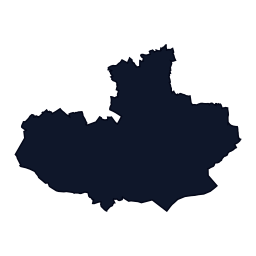 Nnewi South, Anambra, Nigeria
{"feature_id": "59680162B31350853830247", "entity_name": "Nnewi South", "entity_type": "district", "adm_level": 2, "iso_a3": "NGA", "parent_name": "Nigeria", "parent_adm1": "Anambra", "projection": "orthographic", "projection_center": [6.97, 5.966], "detail": "fine", "context": "isolated", "style": "filled", "palette": "ink", "viewbox_px": 256, "rotation_deg": 0, "n_neighbors": 0, "source": "geoboundaries", "source_scale": "gbopen_adm2", "svg_char_len": 5801}
<svg xmlns="http://www.w3.org/2000/svg" viewBox="0 0 256 256"><path d="M108.4,67.6L108.5,68.5L108.2,69.7L111.7,70.6L111.6,70.9L111.0,71.2L109.9,71.6L110.6,72.6L110.8,73.7L112.7,76.0L110.9,76.9L111.7,77.6L112.1,79.1L111.9,79.3L113.1,80.5L115.6,81.4L116.0,81.6L116.5,82.3L116.9,82.6L116.9,83.1L117.0,83.8L116.9,85.0L117.6,85.1L117.5,85.7L117.3,86.3L116.4,89.7L118.5,90.5L118.2,92.6L117.6,94.0L117.6,94.9L117.8,95.5L117.9,96.8L117.8,97.0L117.2,96.5L116.5,97.1L115.9,97.2L114.9,98.0L112.2,97.0L111.4,96.8L110.9,96.8L111.3,98.6L111.4,100.2L111.4,101.2L111.1,102.7L111.4,104.2L111.4,104.9L111.0,105.4L110.2,107.1L109.8,109.1L110.0,109.7L113.3,111.2L115.7,112.5L120.7,115.7L121.6,116.5L118.7,121.9L117.4,124.0L116.1,123.2L114.7,121.7L111.4,117.1L110.1,117.4L107.7,117.2L107.9,118.3L107.8,118.9L107.3,119.7L107.1,119.6L106.8,119.8L105.2,120.0L103.9,119.9L102.6,119.4L102.1,119.4L101.6,118.8L101.4,118.4L101.3,117.9L100.9,117.9L100.7,117.8L100.4,117.3L99.7,116.9L97.6,119.9L96.5,121.3L96.3,121.9L94.4,122.6L87.2,125.2L87.0,124.9L86.2,124.8L85.8,124.5L85.8,124.0L86.6,123.5L86.7,122.9L85.7,121.3L85.0,119.4L83.0,116.0L82.5,113.4L81.9,111.8L78.2,112.1L77.5,112.5L76.8,112.6L75.7,112.6L75.4,112.7L74.5,113.4L73.2,112.7L70.4,113.5L69.1,114.1L69.7,116.8L67.4,115.3L66.4,114.8L63.5,112.1L62.7,111.6L60.8,109.7L60.1,108.8L55.7,111.7L52.2,113.7L51.6,112.7L50.8,111.8L49.4,112.1L49.2,111.5L48.5,111.9L48.2,111.7L47.3,111.9L47.1,111.2L47.1,110.7L46.9,110.4L46.6,110.0L43.6,112.7L43.2,112.2L42.9,112.2L42.3,112.6L42.8,113.5L38.8,117.1L38.7,116.7L37.9,116.9L37.9,116.7L37.3,116.6L37.0,116.4L36.8,116.1L36.3,116.0L36.0,116.0L35.6,116.3L35.7,116.6L35.5,116.8L34.3,117.1L33.8,117.1L34.0,115.5L33.2,115.0L31.9,114.7L30.2,116.1L28.7,118.4L25.4,121.8L23.5,121.8L23.0,123.1L22.3,124.6L21.7,126.2L21.8,127.2L23.4,128.5L24.6,129.2L26.1,130.3L24.0,131.5L24.8,138.1L15.4,154.5L16.8,156.1L17.2,157.3L17.4,158.2L20.8,164.9L20.0,165.7L20.8,166.4L26.0,167.6L29.9,169.0L34.9,171.4L36.2,173.5L38.1,175.7L38.8,177.5L45.5,183.1L48.1,182.8L49.5,186.4L56.4,190.7L58.6,191.3L63.9,191.7L66.4,191.4L69.9,191.9L72.8,192.3L74.2,193.1L75.1,192.8L78.3,192.9L80.1,193.4L81.1,193.3L84.8,192.0L87.8,192.5L88.2,193.0L88.9,196.2L89.9,197.3L91.2,197.6L92.1,199.1L92.7,199.7L93.5,199.6L92.9,202.6L92.7,203.4L94.1,203.5L98.6,202.0L100.7,201.7L101.1,202.9L100.8,204.3L101.3,206.4L104.5,209.6L105.7,210.5L106.6,210.9L106.7,210.3L109.8,206.8L112.4,205.5L112.5,204.4L113.2,203.8L113.9,202.7L114.6,202.7L113.5,200.5L113.4,199.3L113.6,198.8L114.7,199.1L115.7,199.1L116.3,199.0L117.2,199.1L117.9,199.8L118.7,200.3L119.8,200.4L122.1,199.5L122.5,197.2L128.7,201.1L131.0,200.7L138.1,201.5L141.4,202.6L152.2,199.8L166.8,211.0L170.3,206.4L172.0,204.4L174.0,202.7L177.7,199.3L184.8,196.4L191.1,195.5L194.8,195.2L198.5,194.5L203.8,193.9L210.2,191.2L213.6,188.6L216.9,185.8L208.1,175.6L207.9,168.7L209.0,168.4L210.6,167.4L213.3,166.2L213.9,165.5L214.3,164.6L214.5,163.6L215.1,163.0L215.6,162.8L217.4,162.7L219.0,162.1L219.9,161.2L221.4,160.2L222.0,158.6L223.7,156.7L224.3,156.2L225.3,156.0L225.8,155.7L226.7,155.3L227.3,154.7L227.6,153.5L228.4,152.4L229.1,151.8L229.8,151.4L230.8,151.1L231.5,150.7L232.0,150.4L233.4,149.6L234.5,148.5L235.1,148.1L236.2,147.6L235.6,146.8L235.5,146.5L235.7,146.4L235.1,145.5L234.6,144.7L235.1,144.1L236.0,143.5L237.5,142.8L238.6,141.8L239.5,141.0L239.4,140.6L240.4,139.8L240.6,139.3L239.7,139.0L238.9,138.7L239.1,138.5L239.0,138.2L238.5,137.6L238.1,135.0L238.0,132.7L237.7,130.9L237.7,129.7L237.5,127.6L237.2,126.7L236.1,126.7L233.5,126.3L231.4,125.6L230.4,125.0L229.6,124.3L228.6,123.0L228.1,123.7L227.9,120.2L227.8,117.8L228.0,115.9L228.2,115.2L228.3,115.0L228.1,112.4L227.6,109.3L227.6,108.0L225.5,107.6L224.5,107.9L223.2,108.0L222.2,108.5L221.0,105.2L220.8,104.7L220.2,104.1L219.9,104.2L219.8,104.4L219.4,104.6L219.2,104.6L218.6,103.9L218.0,104.5L216.6,103.7L215.8,103.7L215.7,104.1L215.8,105.3L213.7,104.4L212.6,103.7L212.3,103.6L212.1,103.3L211.2,103.3L209.9,103.7L209.2,104.7L208.4,103.7L208.0,103.6L206.3,103.9L206.1,103.7L204.9,103.8L203.8,103.6L202.8,103.6L202.4,103.4L200.7,103.5L199.5,103.9L198.4,104.2L196.9,105.0L194.6,104.7L193.5,104.8L192.6,104.7L192.4,105.0L191.0,102.8L190.0,96.0L188.5,96.3L187.0,95.9L186.1,95.9L185.4,95.4L184.2,94.8L183.4,94.6L183.0,94.6L181.4,93.9L180.2,93.6L178.9,94.4L177.7,94.8L177.4,94.3L177.0,94.6L176.7,95.0L175.5,94.3L174.9,93.6L174.0,92.1L173.7,91.4L172.7,92.1L172.1,92.9L171.3,90.8L171.2,88.2L170.6,86.9L170.4,85.3L169.4,82.7L170.2,82.2L169.8,79.7L169.0,77.1L169.1,75.7L169.4,75.5L169.4,75.0L169.3,74.8L169.3,74.5L169.6,73.1L170.4,73.2L170.1,72.1L169.9,70.8L170.1,70.4L170.6,70.3L170.5,69.7L170.6,69.0L170.3,68.5L170.2,67.7L170.6,66.6L170.9,65.6L171.3,64.8L171.6,63.3L170.7,60.8L171.7,61.1L173.0,61.1L175.5,60.3L174.4,58.0L173.7,55.2L172.9,53.8L172.8,53.2L173.1,52.8L173.5,52.6L173.5,51.8L172.6,48.5L170.3,49.8L168.9,49.5L166.6,50.1L166.6,49.3L166.0,47.3L166.1,45.0L165.8,45.0L165.5,45.2L164.4,46.8L162.9,47.5L162.6,48.6L161.0,48.1L160.7,49.4L160.7,49.9L161.0,50.5L160.6,50.8L159.9,51.0L159.0,50.8L157.8,50.9L157.0,50.4L156.4,50.2L156.7,51.0L155.2,51.5L154.3,52.0L153.5,51.0L152.6,50.2L152.3,50.5L151.2,50.6L150.0,51.1L149.5,51.4L149.7,51.7L150.1,53.2L150.1,54.3L149.1,54.4L147.7,54.9L146.4,55.2L144.6,55.0L143.0,54.5L142.5,54.5L141.3,54.6L140.8,55.2L141.0,55.9L142.1,57.3L143.0,57.7L143.3,58.0L143.4,58.6L143.3,59.3L143.1,60.0L143.4,60.9L142.9,61.2L142.5,61.1L141.5,61.6L141.3,61.5L140.3,60.7L139.9,60.6L139.8,66.6L137.1,67.0L136.4,67.2L135.9,65.8L134.7,64.7L134.6,64.4L134.2,63.4L134.0,63.2L133.7,63.5L132.8,62.7L132.9,62.4L132.4,62.1L132.3,61.8L131.4,60.7L132.0,60.1L131.6,59.8L131.1,59.2L129.6,58.0L129.2,59.3L128.7,60.1L127.5,63.0L122.0,60.0L120.4,62.4L118.6,63.6L117.1,65.2L116.0,65.7L114.8,65.8L113.1,65.6L111.2,66.1L108.4,67.6Z" fill="#0f172a" stroke="#020617" stroke-width="1.5"/></svg>